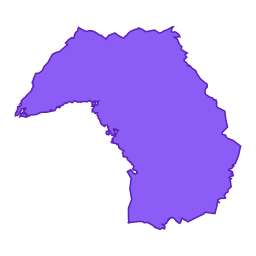 Halden nor, Østfold, Norway (Equal Earth projection)
{"feature_id": "86288312B70342807980905", "entity_name": "Halden nor", "entity_type": "district", "adm_level": 2, "iso_a3": "NOR", "parent_name": "Norway", "parent_adm1": "Østfold", "projection": "equal_earth", "projection_center": [11.486, 59.068], "detail": "fine", "context": "isolated", "style": "filled", "palette": "violet", "viewbox_px": 256, "rotation_deg": 0, "n_neighbors": 0, "source": "geoboundaries", "source_scale": "gbopen_adm2", "svg_char_len": 5796}
<svg xmlns="http://www.w3.org/2000/svg" viewBox="0 0 256 256"><path d="M173.2,26.8L171.9,27.1L167.1,29.8L163.5,31.1L161.8,32.4L159.4,33.2L154.6,30.0L146.1,31.7L142.3,29.4L139.0,28.0L138.7,28.4L138.1,28.1L137.4,29.1L135.8,29.2L130.5,31.3L127.9,33.7L126.7,35.4L125.6,35.9L125.7,36.2L123.4,38.1L118.1,35.4L115.3,33.1L114.4,33.1L108.6,35.5L106.0,39.1L105.5,38.4L103.6,37.4L101.6,35.5L99.3,34.9L95.7,32.4L92.6,31.0L89.4,30.6L86.8,31.4L84.7,30.9L78.5,27.5L77.3,31.4L75.8,32.3L75.2,33.2L73.6,38.1L73.2,38.3L71.8,37.6L68.8,39.5L65.5,43.0L67.5,44.6L59.7,51.5L56.3,52.4L52.5,54.2L47.8,62.7L44.1,66.5L42.3,70.6L39.2,73.0L35.6,73.5L35.7,74.0L33.4,78.8L33.4,80.2L32.3,81.6L32.3,83.2L33.3,83.4L33.3,85.0L32.8,85.5L33.5,86.4L31.9,88.9L31.6,90.4L28.4,93.9L26.9,95.0L26.5,96.0L25.8,96.3L25.0,97.5L23.7,98.3L21.4,100.7L21.2,101.3L21.7,102.3L20.4,103.5L21.3,103.3L21.1,105.2L20.8,105.6L19.9,105.5L19.6,105.8L19.8,106.3L19.1,106.7L17.8,106.7L17.6,107.5L18.2,107.8L17.8,107.8L17.1,111.4L16.7,111.4L17.1,112.0L15.6,112.9L15.4,115.6L15.8,115.3L17.1,115.6L18.8,114.2L20.0,112.7L20.4,111.1L20.9,111.1L21.5,109.0L23.3,108.5L23.9,108.6L23.8,109.1L24.8,108.0L25.8,108.1L25.8,108.9L24.2,110.0L23.7,111.9L24.9,112.9L25.6,113.1L26.6,114.5L26.1,114.6L24.9,113.5L23.9,113.7L22.5,112.6L21.6,113.5L21.0,113.6L20.6,114.4L20.9,114.7L20.5,114.8L19.8,116.8L21.7,116.1L26.6,117.2L27.5,116.3L26.7,115.2L26.9,115.1L27.5,115.1L28.9,116.2L30.8,114.8L34.9,114.8L37.8,113.9L41.2,112.3L46.7,112.2L50.7,111.4L50.1,111.0L50.7,110.4L50.6,109.9L51.5,110.0L52.7,110.9L54.7,110.7L56.7,107.5L57.3,107.4L57.3,106.8L59.4,105.9L58.6,106.6L58.9,107.0L58.2,107.4L59.1,107.6L59.3,107.2L59.5,107.6L60.1,107.2L60.0,106.5L59.6,106.4L60.7,106.3L61.2,105.4L63.3,104.9L64.6,103.2L65.5,102.8L66.7,103.3L68.9,101.6L70.0,101.5L72.1,102.7L74.8,100.9L77.6,102.1L80.0,101.9L80.5,102.3L83.4,101.4L87.2,101.8L89.4,100.4L90.0,100.6L90.2,101.4L92.0,102.0L94.4,101.1L95.1,101.2L92.6,102.5L92.0,103.2L92.1,104.4L92.7,104.8L91.7,106.2L92.8,106.4L94.8,105.0L95.5,103.9L95.5,102.0L94.5,101.6L95.2,101.3L95.5,101.9L98.4,101.1L97.5,102.2L97.7,103.9L97.2,105.6L97.1,104.9L95.5,104.8L93.0,108.9L92.1,109.3L92.6,110.3L92.4,110.7L92.6,110.7L92.5,111.5L92.8,111.2L93.5,111.7L94.6,112.6L94.8,113.2L95.6,113.4L95.9,112.7L97.6,112.6L97.1,115.5L98.3,116.4L98.2,118.0L98.7,118.8L99.5,119.1L99.8,120.6L100.5,121.1L100.3,121.6L100.5,122.9L102.1,124.9L103.5,125.8L104.4,125.7L104.1,126.1L104.5,126.5L104.9,126.3L105.0,125.3L106.5,125.0L107.4,125.5L107.7,126.5L108.4,126.7L107.8,127.9L108.8,129.5L108.8,129.9L109.7,130.6L109.8,131.2L109.4,131.4L109.9,131.6L109.0,132.0L108.5,131.3L107.7,131.1L106.3,131.4L106.1,133.2L106.8,134.4L108.7,134.8L109.5,134.1L109.3,133.6L111.6,133.6L112.2,134.8L111.9,135.2L113.1,135.7L114.2,134.9L115.0,132.7L115.1,131.3L114.0,130.4L113.5,129.2L114.3,128.6L114.4,129.4L114.9,129.7L116.3,129.1L116.5,129.3L116.3,130.1L116.6,130.5L117.6,129.9L118.5,130.3L116.0,134.0L115.5,135.0L115.6,136.0L114.5,136.6L112.2,139.0L112.6,139.1L112.9,139.7L112.3,140.6L112.7,140.9L111.4,141.7L112.7,142.3L112.1,142.8L116.5,143.7L116.8,144.4L118.0,144.1L117.9,144.9L118.7,145.7L118.6,146.6L119.0,146.7L118.9,147.5L119.5,148.6L120.6,148.7L121.3,149.7L123.9,150.6L123.9,151.1L123.0,151.7L122.4,153.0L123.1,154.3L123.0,155.1L123.5,155.9L123.2,156.4L124.1,157.0L126.1,156.9L127.2,157.6L127.0,157.9L127.6,159.7L129.4,161.4L130.4,161.7L131.0,162.8L131.4,162.8L131.1,162.9L131.7,163.2L131.5,163.4L131.8,164.5L132.8,164.8L134.0,166.6L132.8,168.6L132.9,169.4L133.7,170.0L136.1,170.5L136.8,171.0L136.9,171.6L136.4,171.7L137.1,171.7L136.9,172.1L137.4,172.3L137.5,172.8L135.3,174.1L134.7,173.5L134.0,173.7L132.7,172.6L132.7,172.2L132.1,171.8L131.9,171.0L130.8,170.5L131.1,170.2L130.7,169.7L127.3,171.6L131.1,178.2L129.9,189.1L131.7,199.3L128.4,208.1L128.5,219.5L128.8,220.5L128.7,221.7L128.2,222.6L128.9,223.0L130.3,222.4L140.2,221.4L143.0,221.8L144.1,222.7L147.8,222.5L153.8,226.0L154.0,226.6L155.1,226.8L155.0,227.4L155.6,227.8L158.3,228.5L159.4,229.2L160.6,229.1L162.3,228.0L164.3,228.9L165.0,227.4L164.8,226.1L162.9,224.9L162.6,224.3L163.7,224.6L165.3,224.0L165.7,223.1L166.5,223.2L166.6,222.5L168.2,220.6L167.8,220.1L168.7,219.2L169.3,219.3L169.4,218.6L170.0,218.5L170.4,217.8L171.2,217.9L171.3,217.5L172.4,217.5L174.6,218.8L176.1,220.9L178.7,223.0L179.8,223.4L181.0,221.5L181.6,218.6L182.1,218.2L183.7,219.2L184.3,220.0L185.2,219.8L187.8,221.8L203.5,214.0L205.4,212.3L214.9,213.6L217.1,205.1L217.0,203.0L218.0,202.3L219.1,202.4L217.6,200.5L217.6,200.1L220.6,198.4L225.4,198.3L225.5,197.5L224.5,195.8L224.3,194.7L225.3,194.1L225.7,193.1L228.0,191.9L228.0,189.6L231.2,186.8L230.2,179.9L231.3,178.5L229.6,178.2L229.2,177.5L231.2,176.0L231.9,176.2L233.2,175.7L232.7,175.0L232.9,174.4L232.0,174.0L232.5,173.8L231.9,173.4L232.4,173.3L232.5,171.8L231.5,171.5L231.2,171.0L229.1,170.6L229.0,170.4L229.4,170.2L228.9,169.2L231.3,168.6L232.4,167.7L233.0,166.8L232.6,166.1L233.7,165.9L232.8,165.1L232.8,164.8L235.3,163.6L238.4,155.8L240.6,146.1L233.1,140.4L227.7,138.3L225.7,136.6L225.7,135.2L222.8,134.5L222.1,133.9L222.2,132.7L223.0,131.6L227.4,127.3L227.5,126.8L225.8,119.6L224.8,111.1L217.1,107.2L216.2,103.5L216.8,103.0L216.7,101.9L216.4,101.6L216.0,100.0L214.7,100.2L214.5,99.5L213.4,99.5L212.4,97.8L210.3,97.4L205.7,94.5L205.0,93.4L205.2,89.7L205.5,88.9L207.0,87.4L206.7,86.7L207.1,86.7L207.3,85.7L206.8,83.7L205.0,82.7L200.4,78.8L196.3,72.6L196.4,72.2L195.5,70.4L192.1,68.3L191.3,67.1L190.1,66.2L189.4,66.4L188.9,66.1L189.5,65.5L188.6,65.0L187.7,65.2L187.6,64.3L186.3,62.5L184.3,61.2L184.0,60.4L184.4,59.4L186.8,57.2L185.6,55.9L185.2,54.6L185.6,54.4L185.4,54.1L187.2,53.0L181.9,50.0L181.1,48.7L181.9,46.5L180.5,45.6L179.4,44.3L177.4,39.2L174.3,37.3L179.9,36.8L179.0,34.6L176.2,32.4L174.9,31.8L172.5,32.3L171.3,31.2L172.0,28.5L173.2,26.8Z" fill="#8b5cf6" stroke="#5b21b6" stroke-width="1.5"/></svg>